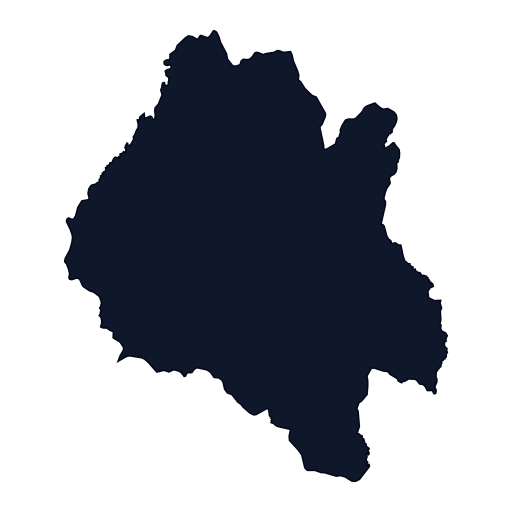 outline of Khamcha-I, Mukdahan, Thailand
{"feature_id": "78962969B9288623965853", "entity_name": "Khamcha-I", "entity_type": "district", "adm_level": 2, "iso_a3": "THA", "parent_name": "Thailand", "parent_adm1": "Mukdahan", "projection": "equal_earth", "projection_center": [104.357, 16.612], "detail": "fine", "context": "isolated", "style": "filled", "palette": "ink", "viewbox_px": 512, "rotation_deg": 0, "n_neighbors": 0, "source": "geoboundaries", "source_scale": "gbopen_adm2", "svg_char_len": 6013}
<svg xmlns="http://www.w3.org/2000/svg" viewBox="0 0 512 512"><path d="M93.5,184.5L91.0,185.5L88.8,188.8L88.0,193.5L89.1,198.1L88.6,199.7L81.9,200.8L77.9,207.2L75.6,215.8L73.8,218.9L71.9,219.4L68.5,217.9L67.3,218.7L66.6,219.9L66.5,221.6L70.3,229.5L72.1,234.7L72.5,237.7L71.9,242.2L69.8,249.9L65.3,258.2L64.6,261.1L65.0,262.3L66.4,263.6L68.2,268.2L69.6,273.5L68.9,277.8L69.5,279.1L71.7,279.7L76.5,278.1L78.6,278.4L80.0,280.0L82.6,285.8L83.8,287.0L89.4,290.7L93.7,292.2L98.9,296.1L100.3,298.4L100.5,300.0L101.3,300.8L101.0,302.0L101.6,303.2L101.2,304.0L101.4,304.7L100.9,305.0L101.1,305.8L99.7,307.9L100.6,309.7L101.3,309.7L100.8,311.7L100.3,312.1L100.5,313.5L99.2,315.6L100.9,317.1L101.8,320.9L101.5,321.9L101.9,322.4L100.6,326.9L102.7,327.9L107.0,328.1L110.0,330.4L113.4,331.7L113.1,337.8L120.3,342.3L123.6,347.6L123.4,350.1L120.1,355.8L118.0,361.4L126.2,356.6L129.5,355.8L141.7,357.8L144.5,359.1L148.5,362.6L156.8,372.1L164.1,370.3L168.9,372.0L173.7,369.7L178.5,371.0L180.9,372.3L184.2,376.5L185.4,376.2L187.1,372.8L191.9,372.6L193.4,370.3L195.8,368.1L197.8,367.9L207.0,369.9L210.5,372.3L214.1,377.5L218.8,377.9L221.8,380.1L223.1,382.4L224.6,389.2L227.3,392.9L231.9,394.6L237.8,402.1L240.9,404.3L243.0,407.0L249.0,412.4L253.1,414.7L254.7,414.9L256.3,414.5L266.7,408.7L268.1,408.5L268.9,411.0L269.4,415.3L270.2,416.9L271.6,417.1L271.6,418.2L272.6,418.6L271.2,418.7L271.7,419.6L271.2,420.7L272.0,421.2L271.0,422.6L273.5,423.4L275.7,425.5L278.1,426.6L290.5,429.4L289.1,436.5L289.5,440.5L297.8,449.5L301.7,454.8L304.7,467.4L305.6,468.9L307.4,470.4L314.9,470.4L321.2,472.6L324.4,472.7L336.4,476.2L340.4,475.6L345.1,476.9L351.6,481.0L354.1,481.3L355.9,481.2L359.5,479.4L369.3,466.7L368.8,466.2L369.4,465.3L369.0,464.4L367.9,465.9L367.4,465.6L367.1,463.7L367.7,462.0L366.6,461.1L366.1,459.3L367.0,457.2L366.9,453.8L367.5,453.5L368.5,454.6L368.9,454.0L369.1,452.6L368.2,451.6L368.3,449.5L369.1,449.1L369.1,448.4L366.4,446.3L366.1,444.0L365.0,443.7L363.7,438.8L362.4,438.4L362.0,435.6L360.6,435.6L359.5,434.1L357.1,433.4L359.4,426.5L358.1,411.2L356.8,408.6L358.9,402.9L361.5,401.1L367.1,394.5L367.8,385.7L367.7,380.4L367.0,376.0L371.5,368.2L374.2,368.1L383.2,371.0L387.8,371.6L390.0,374.3L397.4,378.7L398.3,381.1L401.6,382.8L403.7,381.0L404.8,381.3L408.4,379.0L414.9,379.2L416.7,380.3L419.6,384.0L423.3,384.6L425.4,387.0L427.3,390.6L432.2,390.5L433.9,393.7L435.0,393.8L435.9,392.9L436.2,390.3L434.8,386.8L436.9,381.9L436.9,379.0L436.0,377.1L436.2,371.8L437.7,370.4L437.7,368.9L438.9,368.7L439.6,367.5L440.8,366.7L441.2,363.8L441.9,362.9L441.4,360.9L443.0,360.4L443.8,359.1L444.8,358.9L446.4,356.3L446.1,354.6L447.4,352.4L446.7,350.7L447.0,348.4L445.2,347.2L444.3,344.3L444.8,342.6L444.4,341.4L446.2,341.1L445.8,339.2L447.3,335.7L445.6,332.9L441.7,331.0L440.6,328.1L441.1,325.4L439.9,323.4L440.6,321.7L440.8,318.8L440.3,311.2L441.6,307.9L440.1,303.4L440.7,300.3L434.4,300.6L428.6,297.7L427.9,291.3L430.1,287.9L433.3,286.4L432.6,283.6L431.7,283.4L431.0,282.4L429.9,283.3L429.5,280.4L427.9,278.5L428.0,277.8L427.3,277.6L426.4,276.2L423.6,275.3L422.0,275.6L420.0,272.7L416.2,271.9L416.5,271.3L415.7,270.9L415.1,269.0L413.7,269.8L413.0,268.9L413.0,266.9L411.8,266.7L411.3,267.3L410.7,266.5L410.8,265.7L410.1,265.3L409.9,263.8L408.1,263.6L404.8,260.9L403.1,255.9L400.9,245.1L398.6,245.0L395.3,242.8L392.1,243.5L391.0,242.4L391.2,241.7L390.6,240.5L388.6,239.2L386.8,236.0L384.2,226.2L382.9,224.7L381.1,224.1L385.4,205.0L385.5,201.4L384.2,199.9L383.9,198.1L385.3,192.4L386.7,188.4L390.0,183.7L390.1,182.3L389.3,179.0L389.7,177.5L390.7,176.1L394.1,174.2L395.9,172.1L396.9,168.3L396.6,163.2L398.2,161.8L398.3,159.9L399.3,157.7L399.6,153.4L399.1,149.6L395.5,145.2L394.3,142.9L393.0,142.7L389.8,145.6L385.7,148.1L384.4,147.9L384.5,145.6L383.6,144.0L386.5,141.3L385.9,138.8L386.7,138.1L387.4,135.9L388.4,135.6L388.9,133.5L390.4,133.7L390.6,132.8L391.3,132.8L392.2,132.0L392.1,129.4L392.7,128.7L392.8,127.8L394.2,126.5L396.3,121.9L396.9,119.1L396.6,116.2L396.2,114.9L393.8,111.9L387.8,108.5L383.8,109.2L382.1,108.7L379.5,107.1L374.9,103.0L367.1,105.9L364.3,107.8L361.8,112.2L355.8,118.2L353.4,119.2L348.6,119.0L345.5,120.0L342.1,125.5L340.2,130.0L340.6,133.0L340.0,133.7L339.0,137.3L336.8,138.5L335.5,143.9L326.6,149.1L324.5,149.5L323.8,148.3L323.6,145.0L319.9,127.6L320.2,126.3L322.1,124.3L325.2,116.8L325.6,114.6L325.2,112.9L316.2,97.0L312.4,95.6L309.8,93.3L304.9,88.5L300.8,81.9L298.4,80.0L298.7,74.8L297.5,70.7L293.6,61.6L291.9,54.5L290.5,51.6L283.2,52.4L280.1,51.0L277.5,50.5L274.0,52.3L265.9,53.6L263.1,54.6L258.1,52.5L255.9,52.4L254.7,53.1L252.6,56.4L249.7,59.1L247.9,59.6L243.0,59.3L241.1,61.1L240.0,64.7L236.0,66.1L233.7,66.0L232.5,65.5L227.5,59.1L226.5,53.7L220.4,42.0L219.1,37.2L216.8,32.4L215.8,31.5L214.3,30.7L213.2,31.0L210.5,35.3L208.5,37.4L206.7,37.5L201.1,35.4L200.2,35.7L197.5,39.5L192.4,36.6L188.4,35.8L185.4,37.8L177.3,45.4L175.5,50.3L170.0,54.3L169.9,59.4L166.0,60.1L164.1,61.6L164.1,63.8L165.4,65.0L167.4,65.5L170.2,64.7L171.4,67.2L169.9,69.1L167.3,69.5L165.2,71.1L166.2,75.6L168.5,77.3L169.0,80.0L168.2,82.4L168.6,83.9L167.6,85.1L166.2,85.8L165.0,85.0L164.4,82.5L162.9,82.8L162.3,83.7L161.6,87.9L160.7,89.9L162.0,94.3L161.9,95.4L158.3,104.3L155.1,107.8L154.7,111.1L155.3,115.5L154.7,119.2L152.8,119.4L152.0,117.2L150.5,116.0L144.7,118.5L144.2,113.4L140.0,116.8L139.6,117.7L140.0,119.4L137.2,119.9L138.3,124.4L137.9,128.3L136.6,129.9L134.6,135.2L133.4,136.4L133.5,139.6L130.3,145.2L127.9,145.3L127.7,143.3L127.1,143.0L125.4,145.9L125.5,146.7L125.0,147.4L125.7,147.8L125.4,148.5L126.3,149.5L125.8,149.9L126.1,150.4L125.7,150.9L126.4,151.4L126.1,152.3L125.3,153.0L125.2,152.3L123.6,151.7L121.1,154.3L120.3,153.8L119.9,154.3L120.2,155.4L120.0,156.6L118.8,156.6L118.8,158.0L115.3,157.1L113.7,158.5L111.9,162.6L109.9,162.9L109.5,164.6L107.0,165.9L107.1,167.3L106.6,167.0L106.4,167.6L105.6,167.7L105.7,169.9L105.0,171.5L103.5,171.9L103.3,173.7L102.3,173.3L102.3,174.8L100.5,176.0L100.8,176.5L100.1,178.9L99.2,179.4L99.3,182.4L98.0,182.2L94.7,184.6L93.5,184.5Z" fill="#0f172a" stroke="#020617" stroke-width="1.5"/></svg>